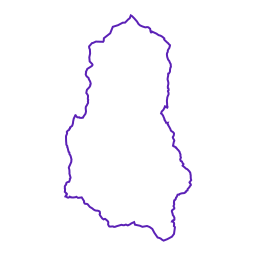 Lupsa, Alba, Romania (orthographic projection)
{"feature_id": "2599482B13834137324749", "entity_name": "Lupsa", "entity_type": "district", "adm_level": 2, "iso_a3": "ROU", "parent_name": "Romania", "parent_adm1": "Alba", "projection": "orthographic", "projection_center": [23.199, 46.368], "detail": "fine", "context": "isolated", "style": "outline", "palette": "violet", "viewbox_px": 256, "rotation_deg": 0, "n_neighbors": 0, "source": "geoboundaries", "source_scale": "gbopen_adm2", "svg_char_len": 5732}
<svg xmlns="http://www.w3.org/2000/svg" viewBox="0 0 256 256"><path d="M163.6,240.6L167.2,239.2L171.9,236.7L174.0,233.9L174.9,227.4L174.8,227.0L174.5,226.6L173.9,226.1L174.0,224.6L174.2,224.1L173.9,222.7L173.4,222.2L173.3,221.9L173.0,221.6L172.0,221.5L172.3,220.9L172.5,220.6L174.0,220.0L174.0,219.8L174.4,219.6L174.4,217.7L173.4,215.7L172.8,215.0L172.6,213.6L172.3,212.9L172.2,212.3L171.9,211.7L171.9,210.6L172.2,210.2L174.3,208.6L174.2,207.4L173.5,206.2L173.6,205.7L174.1,204.8L174.2,204.0L173.9,203.0L174.1,201.9L174.0,201.2L174.2,200.8L174.3,200.3L175.0,200.0L175.2,199.6L175.6,199.3L175.6,198.9L175.9,198.3L176.0,197.6L176.7,196.9L177.6,194.7L178.8,194.6L179.2,194.6L179.4,194.1L180.7,193.6L181.9,193.3L184.1,193.1L184.8,192.8L185.8,192.0L185.7,191.6L186.8,190.7L187.5,190.4L187.6,189.2L189.6,186.9L189.7,186.4L190.8,185.2L190.8,184.3L190.0,183.4L189.5,182.3L190.1,181.7L190.4,181.1L191.2,180.1L190.8,178.7L190.7,176.8L190.7,175.0L190.5,174.5L190.4,174.2L190.4,173.4L190.3,173.1L190.2,172.6L189.9,172.3L189.6,171.6L187.5,169.4L186.7,168.9L185.8,168.5L185.3,168.0L184.7,167.4L182.6,165.7L183.5,164.1L182.7,163.2L181.9,161.5L180.7,160.9L180.2,159.3L180.9,157.5L180.5,156.4L180.4,155.7L180.5,155.2L180.5,154.5L179.8,152.8L179.5,151.7L178.1,149.9L177.8,149.7L177.5,149.5L176.9,148.5L176.3,148.1L175.8,147.7L175.9,147.4L174.2,146.4L173.9,146.4L173.0,145.8L173.8,141.9L174.1,141.3L174.3,140.6L174.0,139.8L173.4,138.8L172.8,137.5L172.8,137.1L173.7,135.6L173.9,134.8L174.0,133.3L173.0,132.1L171.7,131.3L170.9,130.6L170.3,128.9L169.0,126.5L168.6,125.9L167.8,124.5L168.0,124.3L167.5,123.6L167.5,123.2L167.7,122.8L167.0,122.9L166.5,122.7L166.0,122.7L165.9,122.1L165.3,121.1L165.2,120.8L164.7,120.3L164.7,119.9L164.4,119.4L164.5,119.2L164.3,118.6L163.3,116.3L163.1,115.7L162.8,115.4L162.4,114.6L162.1,114.2L161.1,113.5L161.3,113.0L161.4,112.2L162.0,111.2L163.2,110.0L163.8,109.1L164.4,107.8L165.0,106.3L165.7,106.6L165.9,106.9L166.2,106.7L167.2,107.7L167.4,107.5L167.5,106.7L167.2,106.1L167.1,104.7L167.1,103.6L167.0,102.6L166.9,100.9L167.0,99.8L167.2,98.5L167.3,97.4L168.0,95.5L168.5,94.6L168.6,93.9L168.5,92.7L167.9,91.1L168.0,90.8L168.6,90.2L168.6,89.6L168.4,88.4L167.9,88.1L167.8,86.6L168.0,85.9L168.0,85.3L168.3,84.5L168.4,82.9L168.0,80.9L167.6,79.7L167.6,78.7L167.9,76.9L168.1,76.1L168.2,75.5L168.1,74.2L168.2,73.7L168.7,73.7L169.0,73.4L169.4,72.6L169.7,72.2L169.9,71.7L170.0,71.1L170.0,69.7L170.2,68.8L170.3,68.0L170.5,67.5L170.9,66.9L170.9,66.5L170.8,66.0L170.7,64.1L169.9,62.7L169.2,60.9L168.4,60.0L167.9,59.0L167.2,56.9L166.9,54.6L167.0,53.3L167.7,52.0L167.8,51.3L167.8,50.5L168.2,49.6L169.4,47.8L169.5,47.2L169.8,46.3L170.0,45.2L168.8,44.1L167.9,43.0L167.3,42.6L165.2,40.6L164.7,40.2L164.1,39.2L164.3,38.4L162.4,36.8L161.3,36.1L160.3,35.6L159.5,35.4L159.0,35.3L157.3,34.3L156.8,33.8L152.5,31.8L152.5,32.0L151.5,32.4L151.0,32.4L150.6,31.6L150.1,28.7L149.1,28.0L148.7,27.5L148.0,27.2L147.0,27.1L145.9,27.3L145.1,27.3L142.3,26.4L140.1,25.4L138.5,24.0L137.0,21.5L134.2,18.3L132.0,16.1L130.8,15.4L129.7,18.3L128.3,19.3L125.1,22.6L122.7,22.7L118.0,25.2L112.8,26.8L110.2,33.3L103.9,38.2L103.7,40.9L103.1,41.8L95.9,41.6L93.1,42.9L92.0,43.1L89.1,46.4L89.2,47.9L89.9,49.5L90.1,53.6L89.3,57.3L89.7,61.5L92.1,63.9L92.5,64.6L92.4,65.3L91.9,65.9L91.2,66.4L87.3,68.9L86.8,70.1L86.0,71.7L85.9,72.0L86.0,72.4L86.1,72.7L85.7,74.2L86.0,75.1L86.6,76.3L87.4,77.0L88.4,77.8L88.7,78.3L88.8,79.1L90.0,81.2L90.2,81.7L90.7,83.5L90.7,84.0L90.2,84.8L90.2,85.1L90.3,85.3L90.2,85.8L89.4,87.2L87.0,89.7L86.7,90.7L86.3,93.0L87.4,94.4L88.0,95.7L88.0,96.8L87.8,99.0L88.2,99.8L87.9,101.4L88.1,102.1L88.1,102.4L87.9,103.4L87.4,104.1L86.7,105.6L86.1,106.3L85.8,107.1L85.7,108.3L86.0,111.5L85.5,113.7L83.4,116.7L83.1,117.5L82.7,117.5L82.3,117.8L81.8,117.9L79.9,117.8L79.5,117.7L79.2,117.3L77.8,117.4L77.2,117.2L76.3,116.3L76.0,115.9L75.7,115.3L75.6,115.2L75.3,115.3L74.5,117.1L74.2,117.6L74.1,118.0L73.8,118.4L73.5,119.7L73.4,120.3L73.2,121.1L72.9,123.6L72.7,124.1L72.5,124.9L72.2,125.7L71.9,126.1L71.2,126.5L70.9,126.9L70.1,127.3L70.0,127.5L70.1,128.3L69.9,128.6L69.3,129.0L69.3,129.5L69.1,129.8L68.7,130.2L68.0,130.5L67.3,131.2L66.9,131.8L66.8,132.0L67.1,132.9L67.1,133.3L66.9,134.0L66.1,135.9L66.0,136.6L66.1,141.2L66.3,143.4L66.3,144.2L66.4,144.8L67.3,146.2L67.3,146.6L67.2,147.1L67.6,147.7L68.6,151.9L68.9,152.1L69.3,152.4L69.4,152.7L69.4,153.8L69.5,154.2L70.2,155.1L70.7,156.3L71.3,158.7L71.5,159.7L71.3,160.8L71.3,161.8L70.6,163.5L69.9,165.1L69.7,165.7L69.4,166.0L68.8,167.7L68.9,168.2L69.2,169.1L69.4,170.2L69.5,172.8L69.4,173.5L70.0,175.7L70.5,177.3L70.4,177.6L70.5,177.9L70.3,178.4L69.9,178.8L70.0,179.1L69.8,180.0L69.2,181.7L67.7,182.1L66.7,182.6L66.2,183.3L66.2,184.3L65.9,184.9L65.2,185.5L65.0,186.1L64.8,186.5L64.8,187.0L64.9,188.1L64.8,188.6L65.1,189.1L65.0,189.6L65.0,190.9L64.9,191.1L64.8,191.8L66.7,193.6L66.4,194.0L66.8,194.7L65.7,195.9L65.4,196.5L66.7,196.9L67.2,197.4L67.9,197.6L68.5,197.6L69.3,197.2L69.8,196.7L70.2,197.1L71.1,197.2L71.2,197.4L73.2,197.5L75.5,197.2L76.3,196.8L77.9,197.8L78.8,197.8L81.7,197.4L84.1,201.2L84.0,202.2L84.6,203.5L85.2,203.8L86.8,203.9L87.6,204.2L89.8,206.9L92.3,208.4L93.7,209.6L95.2,210.4L96.2,210.6L97.8,210.7L98.4,210.9L99.4,211.3L99.7,211.6L99.8,211.9L100.0,213.6L99.6,214.3L100.0,215.3L102.2,218.4L103.6,219.4L104.8,218.9L105.1,218.9L105.9,219.5L107.4,220.8L108.1,221.7L108.3,222.3L108.1,224.4L108.7,225.7L109.2,226.4L109.9,226.6L112.9,226.4L114.0,226.9L115.0,226.8L115.8,226.6L116.0,226.4L121.5,224.8L123.0,225.2L124.2,225.2L125.3,224.8L125.9,224.6L127.8,225.4L129.3,224.7L130.4,224.1L131.3,223.4L134.1,222.1L135.0,224.7L139.8,225.7L142.4,226.8L147.0,226.0L149.6,227.0L152.3,228.9L154.3,232.7L157.6,237.5L159.5,238.0L160.9,238.7L162.0,239.7L163.6,240.6Z" fill="none" stroke="#5b21b6" stroke-width="2"/></svg>